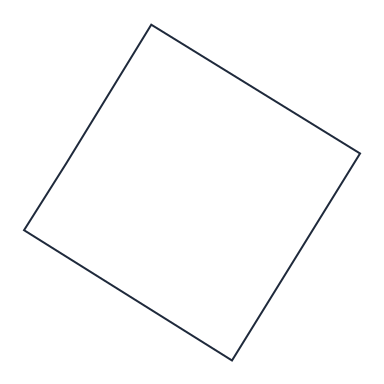 the district of Oscoda, Michigan, United States of America, rotated 302°
{"feature_id": "52423323B95386849250794", "entity_name": "Oscoda", "entity_type": "district", "adm_level": 2, "iso_a3": "USA", "parent_name": "United States of America", "parent_adm1": "Michigan", "projection": "orthographic", "projection_center": [-84.072, 44.682], "detail": "fine", "context": "isolated", "style": "outline", "palette": "slate", "viewbox_px": 384, "rotation_deg": 302, "n_neighbors": 0, "source": "geoboundaries", "source_scale": "gbopen_adm2", "svg_char_len": 244}
<svg xmlns="http://www.w3.org/2000/svg" viewBox="0 0 384 384"><g transform="rotate(302 192 192)"><path d="M313.7,314.1L312.3,69.0L312.3,68.8L150.0,70.2L70.6,69.8L70.3,315.2L313.7,314.1Z" fill="none" stroke="#1e293b" stroke-width="2"/></g></svg>